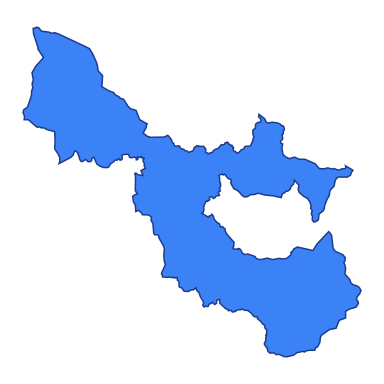 Riobamba, Chimborazo, Ecuador
{"feature_id": "8360857B36561787951803", "entity_name": "Riobamba", "entity_type": "district", "adm_level": 2, "iso_a3": "ECU", "parent_name": "Ecuador", "parent_adm1": "Chimborazo", "projection": "albers", "projection_center": [-78.614, -1.707], "detail": "fine", "context": "isolated", "style": "filled", "palette": "blue", "viewbox_px": 384, "rotation_deg": 0, "n_neighbors": 0, "source": "geoboundaries", "source_scale": "gbopen_adm2", "svg_char_len": 6013}
<svg xmlns="http://www.w3.org/2000/svg" viewBox="0 0 384 384"><path d="M36.3,27.2L35.0,28.2L33.2,28.3L33.5,33.7L38.0,47.5L38.0,49.1L43.5,57.6L35.6,66.4L32.0,72.8L33.3,79.8L32.1,83.9L32.8,87.7L31.7,90.8L31.4,95.5L27.6,107.0L23.7,109.8L23.0,112.6L24.5,116.0L24.2,119.7L28.3,119.7L36.8,127.0L38.3,127.3L39.7,126.6L41.0,127.8L43.9,127.9L46.9,129.5L54.7,131.7L55.1,141.6L54.7,147.6L55.0,149.4L58.1,154.0L59.8,157.8L59.9,161.1L59.0,163.6L70.5,157.6L73.1,155.2L74.3,151.8L75.6,150.8L77.8,153.1L80.0,159.9L81.2,161.5L82.7,161.5L85.3,159.4L88.2,161.7L90.6,161.6L91.7,160.3L91.9,158.3L94.0,157.4L96.8,164.0L100.0,166.2L103.6,167.5L107.5,167.6L108.6,167.1L110.5,163.9L113.7,161.8L114.9,160.1L117.3,160.1L118.8,158.6L120.1,160.2L121.7,159.7L122.3,158.8L122.0,155.2L122.7,154.6L128.3,154.2L129.8,157.5L132.1,157.8L133.6,157.0L136.1,157.7L136.3,159.8L137.5,159.6L138.1,158.4L137.6,156.9L140.6,157.3L141.2,156.6L141.7,157.8L143.6,157.7L144.3,158.4L143.1,159.3L143.2,161.6L144.3,163.3L144.3,166.4L145.5,168.3L141.0,170.5L142.8,175.5L138.3,174.9L135.9,173.1L134.9,173.4L135.5,176.8L135.3,190.0L135.6,191.3L137.5,193.9L135.1,194.6L132.7,196.3L133.5,202.2L135.3,204.7L135.8,211.5L138.4,210.3L141.8,213.2L142.3,214.7L148.7,215.0L151.4,217.0L151.0,220.3L152.9,223.5L153.7,233.2L154.5,234.8L157.1,234.7L158.8,235.6L158.7,237.5L163.7,246.2L164.3,248.9L163.8,256.2L164.4,261.7L165.4,264.5L161.8,272.7L161.5,274.0L162.3,275.0L162.5,276.9L167.9,277.4L169.2,276.8L171.4,277.7L173.6,277.1L174.0,277.9L175.3,278.0L177.1,277.4L177.3,280.0L178.4,280.6L178.8,281.9L179.2,286.9L181.9,288.1L184.1,291.2L188.3,291.5L191.3,289.9L193.3,289.8L196.1,287.9L196.5,289.8L197.6,291.5L198.7,291.9L200.4,296.8L203.2,301.4L203.6,303.0L202.8,305.3L204.0,307.0L205.5,306.2L207.9,306.6L209.3,304.0L211.3,303.4L212.5,302.2L214.7,304.6L216.5,303.2L216.7,300.2L219.5,299.4L220.0,303.4L225.7,308.7L228.3,309.5L228.2,310.6L231.1,310.5L232.4,312.0L234.6,311.7L235.1,310.9L235.6,311.2L237.7,309.8L240.5,309.8L242.1,309.0L244.5,310.2L248.0,310.6L251.4,313.3L253.5,316.1L255.3,316.9L257.0,316.7L257.6,317.7L257.3,318.6L261.3,321.9L262.6,324.0L263.7,324.5L264.9,326.1L264.9,328.0L266.2,329.1L267.0,332.2L266.2,334.0L266.6,335.1L265.8,335.7L266.4,336.4L265.6,338.2L266.0,340.1L264.4,343.2L264.5,344.6L267.2,348.4L268.0,351.4L269.6,353.0L274.0,353.0L276.2,354.6L279.3,354.4L283.9,356.5L286.8,356.8L293.5,355.2L296.9,352.7L302.6,351.4L304.7,352.0L305.3,351.2L308.5,350.3L314.8,350.2L315.5,347.9L317.6,346.8L319.8,342.6L320.5,337.0L321.5,335.2L329.8,329.4L336.0,328.3L339.2,320.3L345.6,318.0L345.6,311.3L349.7,309.0L355.9,307.2L356.5,306.5L358.4,303.3L358.1,301.6L356.6,299.6L356.9,297.1L359.6,293.8L361.0,290.5L359.5,287.8L357.7,286.2L352.6,284.5L350.6,282.4L349.8,279.5L344.9,274.0L345.6,268.6L345.0,265.2L343.7,262.5L344.9,261.2L345.3,257.7L342.9,254.8L335.3,251.3L333.1,248.3L331.7,236.2L330.7,233.7L328.7,231.6L317.2,243.8L312.9,250.5L297.3,247.0L293.6,249.1L292.5,251.4L290.8,252.4L291.2,253.8L290.7,255.0L286.5,258.5L283.3,258.9L278.7,258.4L272.8,259.6L267.2,258.1L261.5,259.5L258.4,259.3L256.2,258.4L255.0,256.5L247.9,254.0L245.0,254.5L242.4,253.3L240.6,249.6L239.0,248.5L238.1,248.6L238.1,249.3L233.5,248.9L232.8,247.8L233.7,246.5L234.0,242.3L226.7,233.9L225.0,230.5L225.0,228.5L223.7,228.1L222.6,226.6L220.5,227.1L219.3,223.7L217.0,222.5L213.9,218.8L213.5,216.2L211.8,214.3L211.0,215.5L209.3,215.9L208.6,217.3L201.7,213.3L203.2,212.3L204.0,209.8L203.6,207.9L204.5,204.3L206.4,200.9L207.5,201.4L209.8,199.7L209.3,197.6L210.4,196.8L211.8,196.9L213.4,198.5L215.0,197.6L216.2,196.0L219.5,195.4L218.3,192.2L220.3,190.9L219.6,187.5L220.5,186.8L220.6,184.6L220.3,182.5L219.6,181.8L219.7,178.1L218.8,175.5L221.9,173.9L223.0,175.0L224.5,174.2L228.3,178.6L230.7,179.4L231.4,180.8L230.8,182.6L231.2,184.0L234.0,188.9L236.2,189.7L238.8,191.6L242.5,195.8L244.5,197.0L247.5,196.6L250.2,194.8L254.7,194.4L258.1,193.2L264.9,195.0L272.8,195.8L281.3,197.6L282.1,194.1L284.8,192.6L286.0,191.2L287.8,191.1L290.3,189.2L290.7,187.0L293.7,183.8L294.3,180.1L298.8,185.1L298.2,189.5L299.1,192.3L303.5,196.2L307.5,198.5L310.0,202.1L311.1,205.8L310.6,208.3L312.2,210.5L311.3,214.2L312.5,216.1L312.2,219.9L313.8,222.1L314.8,221.9L317.8,220.5L318.5,219.3L319.0,214.0L323.0,211.0L324.2,209.0L324.7,205.3L327.3,198.8L329.2,195.9L330.0,190.4L334.1,186.1L335.2,180.5L336.4,178.5L338.5,177.0L347.2,177.1L350.5,175.2L351.4,172.5L352.9,170.2L345.6,165.9L346.0,167.1L345.0,168.7L342.1,168.8L338.6,170.2L333.9,168.5L332.7,169.1L327.6,167.9L324.2,168.8L319.3,168.6L315.1,163.7L305.0,159.3L299.0,159.2L294.5,157.1L289.2,158.7L287.2,157.5L286.3,157.5L282.9,154.2L281.9,147.8L282.7,143.9L280.5,142.8L280.7,141.0L282.7,139.2L282.2,134.8L283.4,133.6L283.2,131.4L284.4,129.7L283.9,127.0L282.9,125.7L281.7,125.8L280.2,124.1L277.7,123.0L272.2,122.2L267.4,123.1L265.7,121.3L264.8,118.9L259.0,114.3L258.6,116.8L260.7,119.0L261.0,120.5L260.1,122.4L257.9,122.3L255.6,124.2L255.3,128.1L252.9,130.1L252.9,134.2L253.8,136.3L252.4,141.8L250.5,145.6L249.7,146.2L245.8,146.2L244.5,146.9L243.9,148.9L241.3,149.8L238.6,152.7L237.3,153.1L235.7,152.2L235.7,151.6L233.7,151.0L233.2,150.0L233.5,148.3L232.7,147.8L233.3,147.3L232.0,146.3L232.2,145.6L230.2,144.8L229.8,145.1L228.1,142.7L227.3,142.9L227.2,142.2L225.2,142.8L224.4,144.3L223.2,144.9L221.2,144.7L218.5,148.2L215.2,149.4L213.0,151.0L212.6,152.4L209.6,153.0L208.2,154.1L207.6,153.1L205.4,152.1L205.9,149.2L203.6,146.3L199.3,146.4L198.8,145.9L198.2,146.5L197.0,145.6L193.9,148.0L194.0,149.1L192.6,151.0L188.5,152.4L187.3,151.1L184.8,150.6L183.7,149.2L181.2,148.9L179.1,145.8L176.0,146.2L174.2,145.6L173.7,143.3L172.3,142.3L171.3,139.3L167.8,135.3L164.1,137.1L149.0,137.3L149.1,136.8L147.4,136.4L143.1,133.0L145.9,128.1L146.5,126.5L146.2,125.0L147.2,123.9L139.6,119.6L136.1,110.4L130.5,108.7L127.8,106.0L123.6,99.3L120.2,98.2L119.4,97.1L114.8,94.5L113.7,92.6L108.2,90.5L101.9,86.7L102.6,75.6L98.1,70.8L97.4,65.3L96.2,61.7L92.8,54.1L89.5,48.6L59.2,34.3L54.9,32.7L51.7,33.3L49.1,32.2L41.3,31.1L38.7,27.7L36.3,27.2Z" fill="#3b82f6" stroke="#1e3a8a" stroke-width="1.5"/></svg>